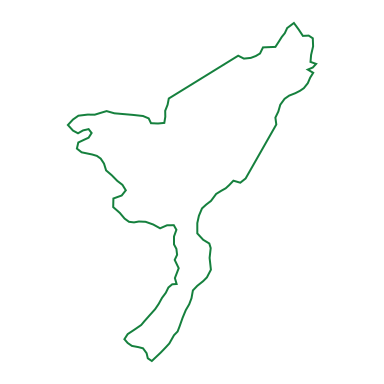 the district of Inhacorá, Rio Grande do Sul, Brazil
{"feature_id": "56859067B41565206022280", "entity_name": "Inhacorá", "entity_type": "district", "adm_level": 2, "iso_a3": "BRA", "parent_name": "Brazil", "parent_adm1": "Rio Grande do Sul", "projection": "mercator", "projection_center": [-54.038, -27.922], "detail": "fine", "context": "isolated", "style": "outline", "palette": "green", "viewbox_px": 384, "rotation_deg": 0, "n_neighbors": 0, "source": "geoboundaries", "source_scale": "gbopen_adm2", "svg_char_len": 1829}
<svg xmlns="http://www.w3.org/2000/svg" viewBox="0 0 384 384"><path d="M67.9,125.0L73.0,130.6L78.0,133.3L83.1,130.4L88.6,129.1L91.6,133.0L88.6,137.7L84.0,139.8L78.3,142.5L76.9,148.6L81.6,152.3L92.2,154.5L96.9,155.9L100.7,158.6L104.0,163.6L106.1,170.4L111.7,175.2L117.3,180.9L122.4,184.8L125.8,190.3L121.7,195.5L113.4,198.5L113.2,207.1L119.8,212.9L124.6,218.6L129.0,221.8L134.0,222.4L138.9,221.5L145.6,221.8L153.2,224.5L160.1,228.3L167.0,225.3L173.8,225.2L176.4,229.8L174.0,236.5L174.0,244.4L176.4,248.9L177.1,254.8L174.7,259.9L178.7,268.2L174.9,278.1L176.6,284.0L172.2,284.3L168.4,287.5L165.8,292.8L162.0,297.9L158.7,303.9L155.1,309.2L149.8,315.1L144.4,321.2L141.2,325.0L134.5,329.6L127.7,334.1L124.4,339.2L127.7,343.0L131.9,345.9L138.3,347.1L143.0,348.3L146.6,353.2L147.8,358.3L151.8,361.0L160.7,352.6L165.8,347.3L169.3,343.5L174.0,335.2L177.6,331.5L179.5,326.6L182.6,317.8L185.8,310.1L189.2,304.3L191.5,298.2L192.9,290.4L197.3,285.8L203.2,281.1L206.9,277.4L210.9,269.7L209.6,257.9L210.7,248.1L209.3,243.5L203.2,239.8L197.3,233.4L197.3,223.1L198.9,215.8L202.0,208.4L206.3,204.5L211.0,200.9L216.2,193.9L221.4,190.7L225.7,188.3L229.2,185.1L233.4,180.7L240.3,182.7L245.6,178.5L276.3,124.5L275.4,117.6L278.3,111.6L280.3,104.7L284.6,98.8L289.2,95.6L295.3,93.2L300.0,90.8L303.8,88.2L307.8,83.2L310.2,77.6L313.2,72.8L307.8,69.6L312.8,67.5L316.1,63.9L310.5,61.9L311.1,54.9L313.1,46.3L312.8,38.3L308.7,35.6L302.9,35.9L298.6,29.4L293.9,23.0L287.2,28.0L284.8,33.2L281.8,36.9L278.9,41.5L275.4,46.9L270.0,47.1L263.0,47.4L260.0,53.5L255.8,56.0L250.8,57.9L243.9,58.6L238.2,55.7L168.8,98.5L167.6,104.7L165.2,110.8L165.3,116.8L164.3,122.9L158.0,123.5L151.0,123.2L148.7,118.4L143.0,116.0L132.9,114.9L114.4,113.3L106.6,111.1L100.2,113.0L94.7,114.7L87.6,114.6L78.4,115.7L73.0,119.5L67.9,125.0Z" fill="none" stroke="#15803d" stroke-width="2"/></svg>